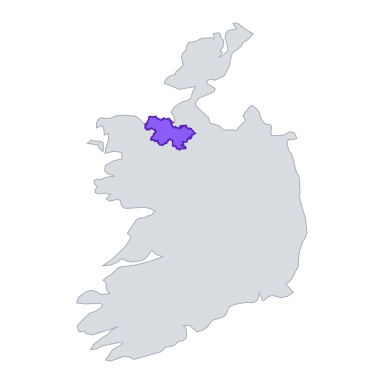 Ballymote-Tobercurry Lea-7, Sligo, Ireland (highlighted)
{"feature_id": "5873133B63806445794843", "entity_name": "Ballymote-Tobercurry Lea-7", "entity_type": "district", "adm_level": 2, "iso_a3": "IRL", "parent_name": "Ireland", "parent_adm1": "Sligo", "projection": "albers", "projection_center": [-8.685, 54.105], "detail": "fine", "context": "in_parent", "style": "filled", "palette": "violet", "viewbox_px": 384, "rotation_deg": 0, "n_neighbors": 0, "source": "geoboundaries", "source_scale": "gbopen_adm2", "svg_char_len": 9218}
<svg xmlns="http://www.w3.org/2000/svg" viewBox="0 0 384 384"><path d="M240.8,46.7L233.0,52.4L231.8,54.6L229.7,63.1L229.5,65.6L224.7,75.1L222.0,77.1L217.8,78.7L215.4,80.2L212.4,79.5L208.6,79.7L206.8,81.4L206.9,82.7L208.0,84.2L215.1,88.5L214.7,90.3L212.8,92.4L200.2,97.6L196.5,100.7L195.2,102.8L196.5,106.2L206.7,116.3L208.5,117.4L210.0,123.3L219.0,125.7L222.7,129.3L225.9,130.2L232.8,129.7L235.6,131.1L237.1,130.0L238.0,128.0L245.5,120.6L243.0,115.2L250.5,105.8L252.6,105.9L256.3,108.6L259.4,112.5L260.5,117.7L263.4,122.3L265.3,123.9L270.3,124.7L271.5,126.5L270.8,133.4L271.6,135.6L284.2,135.1L289.1,131.9L293.5,132.3L295.7,135.3L296.8,138.4L293.1,139.7L289.1,139.2L287.3,141.4L287.3,145.3L288.8,150.4L291.6,154.0L293.9,162.1L296.0,171.1L298.9,176.5L299.7,183.3L299.5,186.7L300.2,192.7L299.1,194.9L300.2,200.5L305.5,218.5L307.0,232.7L304.8,238.1L301.9,243.3L300.1,249.4L298.8,255.9L298.2,266.4L291.8,278.8L289.0,282.0L285.7,283.9L293.4,292.3L287.5,296.3L281.0,297.7L273.7,295.7L269.1,296.1L263.5,300.7L262.2,300.0L259.3,293.0L257.5,300.3L253.4,302.7L246.2,302.4L234.2,304.5L229.7,306.7L227.8,309.9L226.4,313.7L224.6,315.9L222.5,317.1L213.3,320.0L211.4,321.1L207.2,327.2L201.6,330.7L196.9,331.8L192.7,328.3L191.0,326.2L189.1,325.2L182.7,325.4L184.7,326.4L186.0,328.9L186.7,333.7L186.0,338.3L182.8,340.7L179.1,341.1L173.1,346.0L165.3,347.3L161.0,351.7L134.9,359.1L133.4,359.2L129.8,357.2L125.9,356.4L122.0,356.9L111.0,361.0L105.7,360.0L112.6,349.7L121.7,344.6L122.7,343.1L119.7,342.4L102.5,345.8L96.5,348.8L90.5,349.6L93.3,344.9L101.1,338.5L107.9,334.3L110.8,330.6L118.9,326.3L92.7,334.9L85.9,333.6L84.3,331.1L79.0,332.1L77.1,326.0L85.2,317.1L89.9,313.2L95.3,311.2L100.6,308.2L102.6,304.5L100.2,303.3L84.5,303.9L77.0,303.0L77.5,300.0L79.0,296.8L86.9,291.3L91.1,290.5L94.8,291.1L101.3,294.5L110.1,293.6L106.5,290.0L106.0,282.7L103.2,280.2L106.9,276.9L111.0,274.9L117.9,268.0L120.4,266.9L133.8,265.4L148.4,261.8L162.7,256.8L155.4,253.9L151.9,250.2L146.2,257.7L142.1,260.6L130.5,262.0L126.9,261.1L121.8,258.7L120.2,259.6L118.7,261.4L111.0,265.0L102.9,265.8L112.4,259.1L124.3,247.7L127.0,244.1L130.8,237.8L129.7,235.0L127.3,233.4L135.9,220.4L138.9,218.1L144.4,217.7L148.3,215.7L150.1,215.7L151.7,214.9L155.2,211.0L149.8,208.5L144.3,207.2L127.1,208.4L124.9,208.1L122.7,206.9L121.4,205.1L120.4,200.7L119.2,199.7L115.3,199.6L111.5,200.9L108.8,200.7L106.2,198.7L110.5,194.3L105.1,193.1L99.7,193.9L95.2,192.5L95.1,189.6L97.2,186.8L94.6,184.1L94.1,180.7L97.0,179.0L100.1,179.7L106.5,177.2L114.6,176.2L107.7,173.6L104.9,171.4L104.9,168.1L105.5,165.4L113.6,160.8L122.1,158.8L121.6,155.7L122.2,152.4L113.6,151.3L105.0,153.5L106.0,147.1L108.2,141.4L108.6,137.5L108.3,133.5L104.3,135.1L103.9,129.4L102.3,125.4L96.4,128.0L96.6,122.8L98.4,119.2L101.5,117.7L104.5,118.4L110.2,118.4L115.7,115.8L123.5,115.2L136.0,116.2L144.5,124.0L146.8,122.6L150.2,117.7L151.8,117.2L164.8,119.4L172.8,122.2L175.0,121.3L173.8,115.9L171.1,112.1L174.5,107.2L178.7,103.9L181.5,102.2L188.0,100.1L190.8,98.1L192.7,91.8L195.6,86.5L179.4,89.3L164.0,83.1L166.4,78.7L169.7,76.2L175.3,74.3L175.8,72.0L178.6,70.0L183.3,65.0L181.5,58.4L182.4,53.6L185.8,50.5L186.8,46.0L188.3,42.7L195.1,41.5L201.6,38.3L211.6,37.8L214.2,39.0L213.6,33.6L218.3,32.8L220.1,33.9L221.0,37.7L223.2,40.1L223.9,44.4L222.5,47.7L220.2,50.3L222.4,52.8L219.0,57.6L222.7,55.5L227.9,50.9L227.6,47.1L226.6,42.4L225.1,38.2L225.7,33.5L228.6,30.5L236.3,28.8L233.0,23.6L235.8,23.0L238.9,24.1L243.5,28.1L253.2,33.8L248.6,39.0L242.9,42.8L240.8,46.7ZM103.4,149.2L103.1,151.7L99.4,148.5L97.6,145.0L87.3,143.3L91.6,140.0L93.7,141.0L101.0,141.3L103.1,142.7L103.4,149.2Z" fill="#d9dde1" stroke="#a8b0b8" stroke-width="1"/><path d="M185.7,125.3L185.2,125.6L184.8,125.5L184.4,125.7L183.7,125.6L183.4,125.7L183.4,125.8L182.9,125.6L182.7,125.7L182.4,125.6L182.1,125.6L182.1,125.9L182.0,126.0L181.8,125.8L181.7,125.9L181.3,125.7L180.7,125.9L180.8,126.4L180.7,126.4L180.8,126.5L182.2,126.9L182.0,127.0L181.3,127.3L181.4,127.5L181.2,127.8L180.9,127.8L180.4,127.1L179.9,127.1L180.0,127.4L179.9,127.7L180.2,127.9L180.1,128.2L179.6,128.0L179.6,128.4L179.1,128.2L179.0,128.4L178.7,128.5L178.3,128.1L177.8,128.1L177.5,127.7L176.9,127.6L176.5,127.8L176.0,127.6L175.7,127.6L175.5,127.4L175.9,127.2L175.7,127.1L175.7,126.7L175.3,126.5L175.0,126.6L175.1,126.8L174.9,127.1L174.5,127.3L174.4,127.6L174.1,127.6L174.0,127.8L173.8,127.7L173.3,127.9L173.0,127.4L173.1,126.9L172.5,126.3L172.3,125.4L171.7,125.4L171.3,124.6L171.1,124.1L171.1,123.6L171.3,123.5L171.3,123.4L171.5,123.6L171.8,123.2L172.2,123.2L172.7,122.8L172.0,122.9L172.0,122.3L171.9,122.3L171.9,122.2L171.7,122.1L171.6,121.9L170.8,121.6L170.9,121.2L170.6,121.1L170.6,121.3L170.4,121.5L170.5,121.4L170.5,121.1L170.8,120.9L170.2,120.8L170.0,120.6L169.9,120.7L169.7,120.4L170.0,120.2L170.1,120.4L170.1,120.1L170.3,120.3L170.2,120.3L170.2,120.5L170.5,120.5L170.7,120.8L170.8,120.7L170.2,120.2L170.0,119.8L169.9,119.6L169.7,119.4L169.7,119.2L169.5,118.9L169.2,118.6L167.8,118.5L167.3,118.7L167.1,119.0L166.6,119.1L165.9,119.4L165.1,119.0L164.3,118.9L164.4,118.1L164.0,118.0L163.5,118.2L163.1,118.6L162.9,118.6L162.8,118.9L162.8,119.1L162.6,119.2L162.5,119.3L162.4,119.6L161.8,119.9L161.4,119.8L161.3,120.1L160.7,120.3L159.9,119.9L159.4,119.5L159.2,119.0L159.2,119.3L158.8,119.4L158.5,118.9L158.3,118.9L158.1,119.0L157.8,118.7L157.3,118.5L156.8,117.6L155.4,117.0L155.3,116.9L155.4,116.7L155.0,116.9L154.7,116.6L154.4,116.9L154.1,116.8L154.0,117.0L154.0,116.9L153.9,116.7L153.3,116.9L152.5,116.6L152.0,116.9L150.8,116.4L150.0,116.7L149.4,116.6L149.2,116.7L149.4,117.3L149.2,117.7L148.9,117.8L149.2,118.1L149.2,118.4L148.7,119.0L148.7,119.5L148.1,120.5L147.7,121.7L147.4,121.9L147.2,122.3L147.3,122.4L147.0,122.6L147.0,123.1L146.9,123.0L147.1,123.1L147.1,123.5L146.6,123.9L145.3,124.1L145.0,124.4L145.0,124.5L146.2,124.8L146.4,124.5L146.6,124.5L146.4,124.5L146.1,124.9L145.8,124.9L145.4,125.2L145.6,125.6L145.5,126.1L145.6,126.4L145.1,126.5L145.1,127.0L145.1,127.4L145.3,127.6L145.1,127.6L145.1,128.0L145.6,128.3L145.8,128.7L146.7,129.2L146.7,129.3L146.5,129.6L146.8,129.8L147.3,129.8L147.6,129.5L148.6,129.6L149.0,129.8L149.0,129.7L149.1,129.1L149.3,129.0L149.2,128.8L149.2,128.6L149.8,128.5L150.2,128.9L150.3,128.9L150.5,128.7L150.4,128.5L150.8,128.1L150.9,128.5L152.1,129.1L153.7,129.3L154.2,129.6L155.1,129.8L155.0,130.2L154.6,130.2L154.7,130.6L155.2,130.8L155.1,131.1L155.8,131.3L156.0,131.8L156.1,132.0L155.8,132.5L155.2,133.0L154.3,133.1L153.9,133.3L154.0,133.7L154.2,134.1L154.2,134.4L153.4,134.7L153.6,135.2L153.6,135.8L153.3,135.9L152.7,136.3L152.3,136.8L152.0,136.9L151.8,137.2L151.6,137.1L151.4,137.3L151.4,137.6L151.2,137.6L151.1,137.9L151.1,138.5L151.2,138.9L151.0,139.2L151.3,139.5L151.2,139.6L150.9,139.8L150.9,140.0L151.3,140.1L151.8,139.9L152.1,140.1L152.7,139.9L153.1,140.1L153.4,139.8L153.5,139.7L153.4,139.5L153.5,139.5L153.7,140.0L154.0,140.1L154.6,140.8L154.7,141.4L155.7,141.4L156.5,141.0L156.4,140.8L157.0,140.5L157.2,140.3L157.8,140.2L157.5,141.6L157.9,142.4L158.1,142.4L157.9,142.9L158.1,143.2L158.8,143.1L158.9,143.3L158.9,143.9L159.3,144.5L159.6,144.7L161.5,145.2L162.0,145.1L162.5,145.2L162.9,145.1L162.9,144.5L163.0,144.4L164.4,144.2L164.3,143.8L164.5,143.7L165.2,142.7L165.9,143.3L166.5,143.3L166.7,143.0L166.9,142.5L166.8,142.1L167.1,141.8L167.6,141.7L168.1,141.2L168.1,141.4L168.4,140.6L168.1,139.6L169.0,139.5L169.1,139.1L169.8,138.8L169.9,139.0L169.8,139.3L170.7,140.0L171.0,140.1L171.3,140.4L171.9,140.3L171.9,140.5L172.3,140.8L173.1,141.1L172.8,141.7L172.8,142.5L172.6,142.9L172.6,143.2L172.8,144.0L172.6,144.3L172.6,145.1L172.8,145.2L173.0,146.2L173.6,146.2L173.9,146.4L174.8,146.3L175.2,146.1L175.5,145.9L175.8,146.3L176.0,146.8L176.3,147.0L176.2,147.2L176.4,147.5L176.2,148.0L176.4,148.6L176.9,148.7L177.3,148.6L178.0,149.0L178.5,149.1L179.0,149.8L179.9,149.7L180.1,149.6L179.9,149.2L180.0,148.7L180.5,148.6L180.7,148.4L180.9,148.5L182.9,148.7L183.3,148.5L183.8,148.7L184.3,148.5L185.7,148.6L185.9,148.5L185.9,148.2L185.6,148.0L185.6,147.8L185.4,147.3L185.1,147.2L185.2,146.4L184.5,146.4L184.5,146.7L183.7,146.6L183.6,146.4L182.2,146.0L182.1,145.9L182.2,145.6L181.3,145.5L181.2,145.2L181.6,145.2L181.9,145.0L182.5,145.3L182.8,145.2L183.0,144.9L183.4,144.7L183.1,144.5L183.1,144.1L183.1,143.8L183.2,143.4L183.1,143.1L182.4,142.5L182.6,142.0L182.9,142.3L183.3,142.3L183.7,142.2L183.7,141.8L184.2,141.8L185.2,142.2L186.8,141.8L186.7,141.5L186.7,141.4L187.0,141.2L187.2,140.7L186.9,140.6L187.0,140.1L187.3,139.8L187.2,139.4L187.4,138.9L187.8,138.3L188.1,138.4L188.2,138.9L188.5,138.8L188.6,138.4L188.8,138.5L188.7,138.1L188.9,137.9L189.3,137.8L189.4,137.5L189.8,137.8L190.0,138.3L190.3,138.6L190.7,138.7L191.0,138.4L190.6,137.9L190.8,137.6L190.6,137.1L191.7,136.8L191.9,136.2L191.6,135.5L191.8,135.3L191.8,135.2L191.6,134.9L192.1,134.7L192.4,134.8L192.9,134.5L193.6,134.6L194.3,133.3L195.0,133.3L194.5,132.9L194.2,132.4L193.8,132.3L193.8,132.2L193.6,131.9L193.5,131.6L193.3,131.4L192.8,130.6L192.4,130.5L191.8,130.0L191.7,129.5L191.5,129.4L191.5,129.2L191.2,128.7L190.6,128.7L190.0,128.3L189.9,128.6L189.5,128.5L189.5,128.8L188.4,128.9L187.3,127.7L186.8,127.7L186.5,127.5L186.4,127.1L186.0,127.1L185.9,127.0L185.9,126.8L186.4,126.5L186.6,125.8L186.5,125.7L185.8,125.5L185.7,125.3Z" fill="#8b5cf6" stroke="#5b21b6" stroke-width="1.5"/></svg>